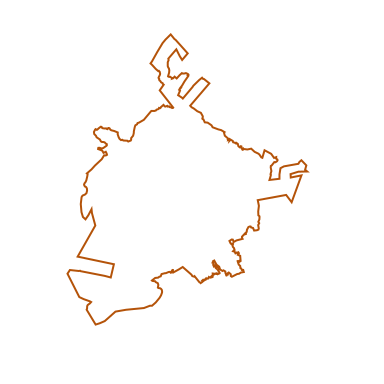 the district of Ixtapa, Chiapas, Mexico, rotated 192°
{"feature_id": "50627088B8199998270425", "entity_name": "Ixtapa", "entity_type": "district", "adm_level": 2, "iso_a3": "MEX", "parent_name": "Mexico", "parent_adm1": "Chiapas", "projection": "natural_earth1", "projection_center": [-92.894, 16.808], "detail": "fine", "context": "isolated", "style": "outline", "palette": "amber", "viewbox_px": 384, "rotation_deg": 192, "n_neighbors": 0, "source": "geoboundaries", "source_scale": "gbopen_adm2", "svg_char_len": 6114}
<svg xmlns="http://www.w3.org/2000/svg" viewBox="0 0 384 384"><g transform="rotate(192 192 192)"><path d="M245.6,341.7L249.6,335.6L251.7,331.6L255.0,322.0L258.3,311.4L259.3,309.1L257.7,308.2L253.0,304.8L250.1,303.2L249.6,303.6L248.6,302.9L247.8,301.2L247.7,300.2L248.5,296.9L248.3,296.4L247.5,295.7L247.5,295.0L246.9,294.3L246.0,293.9L245.1,292.9L243.3,292.3L243.0,291.6L242.0,291.1L244.7,284.7L227.9,270.6L228.0,270.4L228.9,270.0L229.7,270.4L231.6,270.4L232.2,271.0L233.6,270.5L234.1,271.1L235.9,270.0L236.5,270.1L238.0,271.3L240.1,268.5L240.2,267.9L240.6,267.4L241.7,267.4L241.7,266.7L242.3,266.0L243.8,265.2L244.3,264.2L245.8,263.4L248.5,262.9L248.8,262.6L254.1,252.6L258.3,248.8L259.6,248.1L259.8,246.8L261.3,245.4L261.5,243.4L261.5,239.3L261.2,237.5L261.3,234.8L262.7,232.1L262.4,230.4L262.6,229.6L264.6,228.3L264.9,228.1L265.9,228.7L269.9,228.1L271.0,228.6L272.2,228.0L273.9,228.9L275.1,230.3L276.7,233.0L277.0,234.8L280.8,235.5L283.7,235.6L284.7,235.9L286.0,237.2L286.6,237.3L287.2,237.2L287.7,235.9L288.3,235.9L289.3,236.4L290.3,236.0L292.5,235.8L293.6,236.2L294.0,236.9L294.8,236.9L296.6,234.8L297.6,233.3L298.1,233.0L299.3,233.5L299.7,233.0L300.4,230.3L299.7,228.4L297.6,227.0L296.7,225.7L293.0,224.2L291.7,222.6L290.7,222.2L288.6,222.5L287.6,222.3L286.2,221.3L285.4,221.2L285.0,220.2L285.2,219.5L287.9,216.6L289.3,215.8L291.9,216.0L292.8,215.7L292.8,214.5L288.4,213.8L286.7,211.9L284.7,213.4L283.5,211.9L282.9,210.7L283.9,209.8L285.6,209.6L287.1,205.3L292.4,197.7L295.0,193.2L298.7,188.3L297.8,187.8L297.7,185.5L297.8,181.4L298.2,179.6L299.0,178.0L299.1,176.6L298.0,175.2L296.6,174.8L296.1,174.3L295.5,173.5L294.9,171.5L295.0,168.9L296.2,167.2L298.1,165.9L298.8,164.7L298.9,163.6L298.3,157.1L295.9,149.3L293.5,144.9L290.5,143.1L288.6,147.6L286.7,154.3L285.5,150.6L279.6,139.1L290.4,105.0L253.4,105.1L253.7,91.5L260.0,91.8L284.6,91.4L285.1,91.7L286.3,91.2L295.2,90.3L296.8,86.2L280.4,65.8L275.7,64.7L269.0,63.8L267.8,63.4L268.7,61.8L270.5,59.8L270.8,58.6L270.4,56.1L270.6,55.0L258.7,42.3L255.0,44.4L250.5,47.6L242.0,59.1L232.0,63.1L214.9,68.5L209.5,72.0L207.5,72.4L204.5,76.4L201.7,81.8L200.8,84.5L200.4,87.4L200.6,88.6L201.2,90.0L202.1,90.8L203.1,91.2L204.9,91.1L205.5,91.4L205.6,94.1L206.5,95.7L208.7,96.3L209.4,97.0L212.3,96.8L212.8,97.1L210.1,100.3L207.3,101.2L206.4,102.3L205.1,103.0L204.7,105.4L201.5,107.0L200.8,107.1L198.2,108.9L197.0,109.3L196.1,108.6L195.5,108.9L195.2,111.2L194.8,111.7L194.4,111.7L194.3,110.8L193.6,109.4L188.7,113.6L185.5,116.7L175.3,111.0L174.2,109.8L172.1,109.6L171.9,110.1L165.9,105.2L165.1,105.2L164.6,104.7L163.4,105.9L163.0,107.1L163.6,107.4L163.1,108.1L162.5,107.1L161.9,107.8L162.2,108.1L161.6,108.7L160.7,108.9L160.9,109.5L160.4,110.3L160.1,109.9L159.5,110.1L159.4,110.5L158.1,110.8L157.8,112.4L157.0,112.1L156.4,112.3L155.7,113.3L155.5,112.4L154.2,113.1L154.2,113.8L154.6,114.4L154.3,114.8L154.5,115.5L154.1,115.3L153.2,116.0L153.0,116.3L153.5,116.7L151.1,116.9L151.2,117.6L150.8,117.7L149.9,116.9L148.1,118.2L148.2,118.7L150.6,121.2L150.4,121.5L149.8,121.1L149.4,122.0L149.9,122.2L150.5,123.3L152.0,123.9L152.4,122.3L152.6,122.4L152.3,123.0L153.0,122.9L153.5,123.4L153.0,124.5L154.0,124.9L154.4,124.3L154.8,124.7L155.2,123.9L156.1,125.1L156.2,125.7L156.0,126.2L156.6,127.2L157.2,127.2L157.1,127.9L156.5,128.6L156.8,128.9L156.0,129.6L152.9,126.0L149.9,124.6L148.4,122.1L145.8,121.1L144.9,121.9L142.9,121.2L142.5,119.7L141.5,119.0L141.7,118.6L141.1,117.5L140.8,117.5L140.5,118.3L139.8,118.7L140.4,119.7L139.3,120.9L137.0,119.6L136.5,117.8L135.4,117.4L130.7,121.2L129.0,121.8L127.4,123.4L124.7,124.5L125.7,126.4L127.0,126.1L127.9,127.4L128.8,127.6L129.5,129.7L131.2,130.7L132.9,133.6L133.3,134.8L132.6,133.4L132.2,133.3L131.6,134.1L131.2,133.5L130.1,134.6L131.6,139.6L134.2,140.1L134.1,141.1L134.6,141.4L134.1,142.2L133.5,141.5L133.4,141.9L134.2,142.7L134.9,142.2L136.0,142.0L136.8,141.1L137.9,142.5L139.5,142.6L139.1,143.4L138.3,143.8L138.4,144.4L139.3,145.9L140.6,146.8L141.2,148.0L141.0,149.8L141.3,150.1L141.8,150.0L142.6,149.2L143.6,149.8L145.2,151.9L143.3,153.8L142.2,153.9L140.8,151.8L138.4,153.9L132.8,156.7L133.7,157.9L133.8,158.7L132.0,161.7L131.8,161.4L130.5,162.2L130.9,163.4L130.2,164.4L130.4,166.5L129.5,169.5L128.1,170.4L127.4,170.4L126.8,169.6L124.8,169.5L123.2,167.2L120.5,168.1L119.2,169.0L119.1,170.2L120.4,173.4L119.8,175.5L120.9,176.6L120.4,179.2L120.8,181.8L121.1,182.4L122.2,182.9L123.2,186.8L123.7,192.4L126.0,197.7L99.3,208.7L92.4,202.7L88.4,231.0L98.4,226.7L99.3,230.0L92.1,234.0L83.6,236.0L86.0,237.3L85.7,241.8L91.6,245.8L93.2,243.7L93.8,241.7L107.4,236.2L110.4,233.7L110.1,227.4L109.2,223.1L118.7,219.9L118.4,224.2L118.4,225.2L118.9,225.7L118.7,229.0L120.1,232.3L120.3,233.9L119.6,234.5L117.7,238.4L116.6,238.4L115.3,239.7L114.9,240.7L115.2,241.5L116.7,242.2L116.9,243.6L118.8,242.4L122.5,245.8L129.7,247.9L130.3,240.1L131.4,240.3L133.8,242.6L135.0,243.3L139.1,244.3L143.1,246.7L146.7,245.1L150.6,244.8L151.0,245.2L151.2,244.9L150.9,244.2L151.1,243.8L151.4,243.8L152.5,245.1L153.2,246.9L153.9,246.9L154.5,245.6L154.8,245.7L156.2,246.5L157.2,248.6L158.9,249.3L159.1,248.6L160.4,249.1L162.1,249.2L162.7,250.4L165.3,251.3L165.2,251.0L165.9,249.9L165.9,250.7L166.9,250.4L167.1,251.1L167.5,250.7L167.5,251.3L167.9,251.3L167.8,251.8L171.6,253.9L173.2,257.0L172.8,257.4L176.4,258.6L179.2,258.7L185.3,259.6L186.8,261.3L191.1,263.1L194.0,262.8L195.9,265.4L196.9,265.6L197.2,266.1L197.0,267.5L197.2,268.3L199.8,271.3L203.6,272.1L207.7,274.1L210.0,274.8L211.7,276.0L197.6,301.9L203.8,305.0L204.6,304.9L205.9,305.9L208.2,303.1L212.8,296.2L213.3,294.8L220.4,281.5L221.5,282.2L225.7,283.8L224.8,288.6L225.8,289.2L224.6,291.4L225.1,291.4L223.8,294.1L222.4,298.4L219.8,304.6L220.5,305.2L219.8,305.9L220.2,306.4L222.1,307.0L223.1,306.9L223.6,306.5L225.6,305.9L226.6,306.2L228.4,303.7L230.6,299.9L233.0,301.2L234.1,299.3L234.6,299.0L234.4,299.6L235.4,299.0L235.8,299.5L237.5,300.2L237.9,299.9L239.0,299.9L239.5,300.2L239.2,303.9L239.5,306.3L240.3,308.1L241.1,308.8L241.9,310.1L242.7,313.9L242.3,316.2L242.9,317.5L237.0,328.3L232.2,322.3L229.1,319.1L225.0,326.7L239.8,337.5L240.9,337.9L245.6,341.7Z" fill="none" stroke="#b45309" stroke-width="2"/></g></svg>